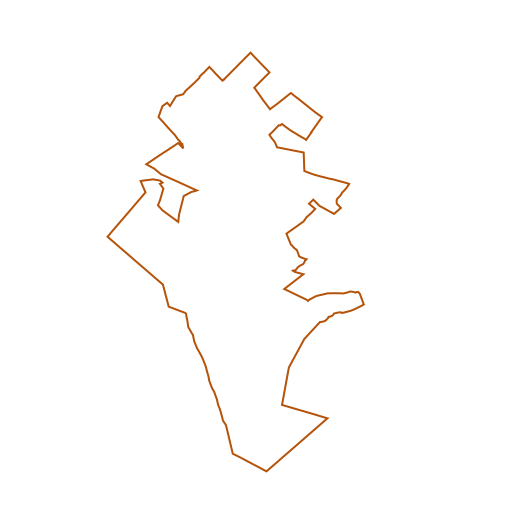 San Lorenzo Cacaotepec, Oaxaca, Mexico (Robinson projection), rotated 324°
{"feature_id": "50627088B1759154340941", "entity_name": "San Lorenzo Cacaotepec", "entity_type": "district", "adm_level": 2, "iso_a3": "MEX", "parent_name": "Mexico", "parent_adm1": "Oaxaca", "projection": "robinson", "projection_center": [-96.793, 17.126], "detail": "fine", "context": "isolated", "style": "outline", "palette": "amber", "viewbox_px": 512, "rotation_deg": 324, "n_neighbors": 0, "source": "geoboundaries", "source_scale": "gbopen_adm2", "svg_char_len": 4883}
<svg xmlns="http://www.w3.org/2000/svg" viewBox="0 0 512 512"><g transform="rotate(324 256 256)"><path d="M121.0,402.3L124.2,408.4L137.9,436.4L218.4,429.3L212.9,422.1L210.4,418.8L189.5,391.8L211.3,371.0L217.1,365.5L246.4,351.5L269.1,347.0L270.3,347.9L273.4,349.1L273.6,348.9L275.1,349.1L278.6,348.3L279.0,347.9L279.9,348.3L280.0,348.5L282.0,349.0L283.2,349.1L285.4,348.4L286.8,349.0L288.3,349.6L291.4,351.2L291.9,352.5L292.9,352.8L293.3,353.3L293.7,353.5L294.0,353.5L300.7,356.1L305.5,357.2L306.9,357.4L308.6,357.7L308.9,357.8L312.2,358.3L314.7,358.6L317.8,347.6L317.5,345.2L316.3,344.3L315.0,344.1L313.8,342.4L311.4,340.1L308.4,339.2L304.7,337.7L303.0,336.3L301.1,334.8L299.0,333.3L297.2,331.9L293.9,329.7L292.0,328.3L290.0,327.5L285.8,325.7L282.2,324.2L279.8,323.5L277.0,323.2L274.1,322.7L271.6,322.9L271.5,321.7L259.5,299.3L279.2,298.7L283.6,298.6L278.2,291.9L277.9,291.1L277.6,290.5L277.6,290.2L277.2,289.5L277.4,289.5L278.6,290.3L279.4,290.6L279.7,290.6L280.2,290.6L281.6,290.2L282.5,289.9L284.2,289.6L285.5,289.7L286.2,289.7L288.5,290.1L289.6,290.2L290.0,290.1L290.9,289.7L293.0,288.6L294.1,288.5L294.9,288.3L294.4,287.8L293.5,286.4L292.3,284.7L291.1,282.6L290.7,281.8L292.6,275.3L292.5,274.7L291.9,273.3L291.8,272.8L291.4,270.6L291.3,268.9L291.3,268.7L290.9,267.3L293.8,255.8L313.3,256.0L314.9,256.0L319.8,254.3L325.9,253.8L331.6,252.7L329.6,244.9L335.5,244.1L336.8,252.7L343.9,267.8L352.9,267.0L352.5,263.8L352.2,261.6L352.2,261.1L353.3,259.2L354.5,257.9L355.9,257.3L359.3,256.8L360.4,256.5L361.3,256.2L362.6,255.4L365.2,255.0L369.1,254.2L369.9,253.9L373.7,252.5L373.8,252.4L371.8,249.8L363.5,239.4L360.4,236.1L358.9,234.2L358.7,234.0L358.4,233.6L357.6,232.6L356.4,231.2L355.2,229.8L352.7,226.7L352.2,226.1L350.8,224.3L349.2,222.0L347.6,219.6L345.8,216.8L345.1,215.6L345.7,214.7L347.0,212.7L349.5,209.1L355.4,200.3L347.5,191.8L336.9,180.4L337.9,176.3L338.2,174.4L337.9,169.4L338.1,165.8L342.3,165.3L351.3,163.6L351.9,164.4L352.3,164.5L353.1,164.5L354.6,164.5L355.8,168.7L356.4,170.5L356.5,170.7L357.4,173.6L357.5,173.9L358.4,176.4L359.2,178.1L359.8,179.5L360.1,180.3L360.8,181.9L361.3,183.3L362.0,184.7L362.5,186.0L363.4,187.9L363.7,188.6L364.5,190.4L364.7,190.9L364.8,191.5L371.4,189.3L373.5,188.6L373.4,188.3L375.8,187.6L378.2,186.7L380.4,186.0L386.8,183.8L387.9,183.5L389.2,183.0L391.0,182.5L390.9,182.3L390.1,179.6L389.4,177.8L389.4,177.6L388.6,175.1L388.2,173.9L388.1,173.6L387.7,172.2L387.3,170.5L387.2,170.4L387.1,170.0L385.6,164.3L385.2,163.0L385.1,162.7L384.7,161.2L384.4,160.1L384.2,159.3L383.6,157.2L382.5,153.2L382.1,152.0L381.6,150.2L381.4,149.7L380.9,147.9L380.3,145.5L380.0,144.8L379.9,144.6L376.7,144.8L369.0,145.1L363.0,145.4L362.0,145.4L356.8,145.4L353.6,145.5L353.5,139.9L353.4,135.5L353.3,133.9L353.4,131.7L353.4,129.9L353.5,128.3L353.5,127.2L353.5,124.9L353.5,123.0L353.6,121.1L353.5,118.9L355.6,118.5L362.1,117.4L368.5,116.4L372.3,115.8L374.8,115.4L374.3,111.6L373.7,107.6L373.1,103.5L372.6,99.6L372.0,95.7L371.5,91.7L371.1,88.3L364.8,89.3L364.6,89.3L361.0,89.9L358.5,90.3L353.9,91.0L353.6,91.1L351.7,91.4L350.3,91.7L348.6,91.9L343.2,92.8L340.4,93.3L338.9,93.5L336.4,93.9L333.5,94.5L333.4,94.2L331.9,94.4L331.7,92.9L330.9,87.4L330.4,83.5L330.0,80.0L329.4,75.6L327.4,76.0L325.8,76.2L324.3,76.5L323.6,76.6L321.3,77.1L320.9,77.0L319.8,77.1L317.8,77.4L317.5,77.4L316.0,77.8L315.9,77.8L315.5,78.1L315.3,78.2L315.0,78.6L308.7,79.6L295.6,81.1L294.4,81.7L292.0,82.3L285.5,79.8L283.3,80.5L283.0,80.6L282.7,80.7L282.4,80.9L274.6,84.1L274.2,79.8L268.3,79.8L261.4,84.5L260.7,85.0L258.8,86.3L259.3,90.7L259.7,93.7L259.7,94.7L259.8,95.8L260.1,98.4L260.3,101.0L260.5,102.1L260.9,106.1L261.5,110.4L261.4,115.6L261.4,116.3L261.6,116.7L261.7,117.7L261.8,118.2L261.9,118.7L261.7,119.2L261.7,119.8L261.6,120.3L261.8,120.8L261.7,121.3L261.8,121.9L262.2,122.2L262.1,122.5L261.9,122.7L260.7,125.4L260.4,126.2L259.5,118.9L246.7,118.4L238.7,117.9L221.2,117.3L222.4,119.9L224.1,123.6L224.4,124.2L224.9,125.1L227.1,133.8L231.6,141.7L236.2,149.7L242.9,161.6L246.7,168.2L245.1,167.7L241.3,166.2L232.8,165.0L218.4,177.0L213.1,182.7L207.1,163.8L206.5,157.3L211.2,154.4L220.7,147.0L220.7,141.1L223.5,141.7L222.7,138.6L217.8,133.5L206.8,127.5L205.8,131.5L204.0,139.6L201.7,140.1L196.3,141.4L195.9,141.5L190.9,142.7L188.3,143.3L183.1,144.6L155.1,151.2L149.4,152.7L147.2,153.2L163.9,224.5L163.0,226.7L155.6,245.7L165.7,261.1L165.9,261.0L165.7,261.2L164.6,263.2L163.7,265.0L163.4,265.9L163.4,266.0L163.2,266.3L162.7,267.5L161.7,269.4L161.2,270.4L161.0,270.7L160.5,271.6L160.3,272.1L159.7,273.1L159.4,273.9L159.3,275.5L159.0,277.6L158.9,279.2L158.7,280.2L158.6,281.4L158.6,281.6L158.7,282.0L158.6,282.7L155.8,288.9L154.1,296.0L153.8,299.1L153.1,304.7L152.4,308.4L150.3,316.2L148.3,321.2L146.9,325.2L144.9,329.3L142.8,336.9L142.3,341.3L140.1,349.0L137.9,354.0L136.8,358.5L135.2,363.0L134.2,365.7L132.5,369.9L132.3,375.2L121.0,402.3Z" fill="none" stroke="#b45309" stroke-width="2"/></g></svg>